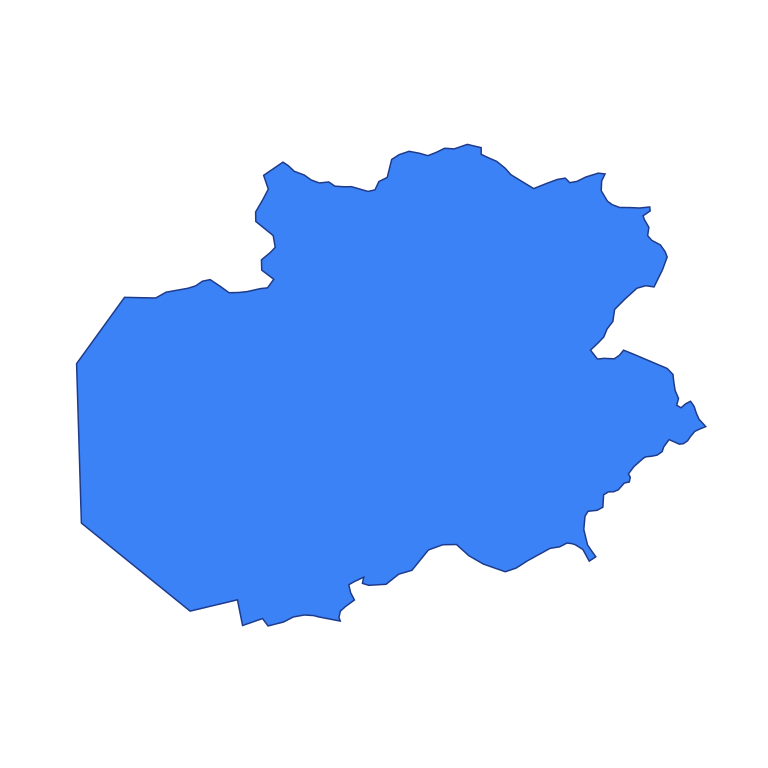 outline of Jeli, Kelantan, Malaysia, rotated 84°
{"feature_id": "92858781B21811088790673", "entity_name": "Jeli", "entity_type": "district", "adm_level": 2, "iso_a3": "MYS", "parent_name": "Malaysia", "parent_adm1": "Kelantan", "projection": "mercator", "projection_center": [101.818, 5.58], "detail": "fine", "context": "isolated", "style": "filled", "palette": "blue", "viewbox_px": 768, "rotation_deg": 84, "n_neighbors": 0, "source": "geoboundaries", "source_scale": "gbopen_adm2", "svg_char_len": 2379}
<svg xmlns="http://www.w3.org/2000/svg" viewBox="0 0 768 768"><g transform="rotate(84 384 384)"><path d="M460.0,68.5L451.9,74.4L445.8,76.4L438.7,77.9L433.2,81.0L435.2,86.0L438.7,91.1L435.7,95.1L429.1,92.6L421.0,95.1L412.4,95.6L404.8,95.6L398.2,100.7L390.6,114.4L380.5,132.6L375.4,142.2L380.0,146.8L383.0,152.4L381.5,162.5L381.5,169.1L371.9,175.1L365.3,166.5L360.2,160.5L352.6,156.4L345.6,149.8L339.5,148.3L333.9,146.8L324.8,135.6L315.2,122.5L313.6,113.4L315.7,105.3L299.5,95.1L287.3,89.1L281.7,90.6L274.6,94.6L269.1,102.7L264.0,106.3L255.9,104.2L247.8,107.8L243.8,108.8L239.7,101.2L235.7,101.2L235.7,111.3L234.1,122.0L233.1,131.1L229.6,138.2L225.5,142.7L214.4,147.8L204.8,146.3L198.2,142.2L196.7,148.8L199.2,161.5L202.7,171.1L203.2,178.2L198.2,182.2L198.7,190.3L201.7,202.0L205.3,214.7L194.6,228.8L189.1,235.9L182.0,241.0L174.4,248.6L169.8,256.7L165.8,263.3L159.1,262.7L154.4,276.1L157.5,289.6L155.9,299.1L159.1,307.8L161.5,316.5L158.3,324.4L155.2,334.7L157.5,345.0L161.5,352.9L178.9,359.2L182.1,367.9L190.0,372.7L190.8,379.8L184.4,395.6L183.6,403.5L182.1,412.2L177.3,417.8L177.3,427.3L173.4,435.2L167.8,441.5L163.1,451.0L156.7,456.5L152.8,461.3L163.9,481.9L178.1,478.7L187.6,485.0L199.5,493.7L209.0,494.5L224.8,478.7L236.7,477.9L241.4,483.4L247.7,492.9L258.0,493.7L268.3,482.7L276.2,489.8L276.2,496.9L277.8,510.4L277.8,519.1L277.0,528.6L269.9,536.5L262.0,546.0L262.8,553.9L266.7,561.0L268.3,568.9L269.9,591.1L274.6,602.1L271.0,630.6L270.7,633.0L331.6,687.6L490.7,699.5L589.6,600.6L583.3,552.3L609.4,549.9L604.6,529.3L612.5,524.6L610.2,508.8L606.2,498.5L605.4,487.4L607.0,477.9L608.6,474.0L615.2,452.3L611.4,453.2L605.4,451.2L601.3,445.6L595.7,436.0L588.1,439.0L580.0,440.0L577.5,434.4L574.0,424.3L580.0,426.3L582.6,420.3L583.4,402.9L574.7,389.3L572.2,375.7L553.7,357.2L550.0,342.3L551.2,328.7L563.6,317.6L573.5,304.0L583.4,283.0L580.9,271.9L574.7,259.5L564.8,236.0L564.3,226.3L561.3,218.7L562.3,214.1L563.8,210.6L569.4,203.5L581.6,198.4L578.0,191.4L570.9,195.4L565.3,198.4L549.6,200.5L536.5,197.9L531.9,194.4L531.9,190.3L531.9,185.3L529.4,179.2L517.2,177.2L514.7,172.1L515.2,167.0L513.7,162.0L507.6,155.4L507.1,150.3L502.5,148.8L499.0,150.3L492.4,144.3L484.8,133.6L483.8,131.1L483.8,125.5L483.3,119.9L480.3,114.4L475.7,112.3L469.1,106.3L474.7,96.6L474.7,92.6L472.2,88.0L468.6,85.0L463.6,79.9L462.0,75.4L460.0,68.5Z" fill="#3b82f6" stroke="#1e3a8a" stroke-width="1.5"/></g></svg>